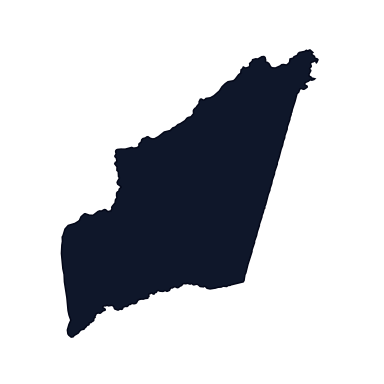 the district of Chahal, Alta Verapaz, Guatemala, rotated 349°
{"feature_id": "79465075B23943610665473", "entity_name": "Chahal", "entity_type": "district", "adm_level": 2, "iso_a3": "GTM", "parent_name": "Guatemala", "parent_adm1": "Alta Verapaz", "projection": "orthographic", "projection_center": [-89.573, 15.738], "detail": "fine", "context": "isolated", "style": "filled", "palette": "ink", "viewbox_px": 384, "rotation_deg": 349, "n_neighbors": 0, "source": "geoboundaries", "source_scale": "gbopen_adm2", "svg_char_len": 5969}
<svg xmlns="http://www.w3.org/2000/svg" viewBox="0 0 384 384"><g transform="rotate(349 192 192)"><path d="M212.4,290.6L225.1,290.0L226.2,288.8L228.2,283.2L229.4,281.7L233.1,273.7L239.5,262.0L239.9,260.3L243.7,253.7L244.1,252.0L247.0,247.2L248.5,243.6L251.7,237.9L252.0,236.6L255.9,229.8L256.2,228.5L258.0,225.7L259.3,222.7L260.4,221.7L260.7,220.1L262.0,218.2L266.4,208.9L268.8,205.1L269.3,203.4L271.8,199.1L273.0,195.8L276.3,190.2L277.0,187.9L281.0,181.0L281.4,179.3L283.9,174.9L287.7,166.9L289.7,163.7L291.4,159.5L293.3,156.6L293.9,154.4L297.3,148.7L298.0,146.2L301.9,139.5L302.4,137.7L304.1,135.0L304.2,133.9L305.3,132.5L306.2,130.2L310.4,122.7L313.7,115.8L314.1,115.4L314.9,114.9L315.6,114.5L316.1,113.9L316.6,112.8L317.7,111.4L318.4,111.3L319.0,111.3L319.6,111.6L320.1,111.9L320.6,112.3L321.3,112.5L322.1,112.4L324.4,111.4L325.1,111.0L325.2,110.6L325.1,109.9L324.5,109.4L324.0,109.1L323.6,108.7L323.3,108.1L323.2,107.5L323.4,106.9L324.1,106.4L324.6,106.1L325.1,105.9L327.2,105.5L328.8,104.7L329.4,104.6L330.2,104.6L330.8,105.1L331.3,105.1L333.1,104.9L334.2,104.3L333.6,104.0L331.4,103.0L330.8,102.4L330.7,101.7L330.0,101.2L329.4,100.9L329.2,100.4L329.2,99.3L329.5,98.4L331.5,96.0L331.8,95.2L331.3,94.6L331.0,94.1L330.9,93.5L331.2,93.0L332.6,92.0L333.0,91.5L333.1,90.8L332.8,89.5L332.9,88.9L333.0,88.2L333.6,87.6L334.6,87.4L336.0,87.3L337.2,86.9L337.7,86.8L338.3,86.9L338.6,87.6L338.5,88.4L338.7,88.9L339.2,88.6L340.6,86.7L340.9,86.2L340.7,85.7L340.3,85.2L339.6,84.8L338.9,84.6L338.3,84.1L338.2,83.6L338.1,82.2L337.8,81.8L337.2,81.4L336.8,80.8L336.3,80.3L335.8,79.8L335.9,79.3L336.3,78.7L336.7,78.4L337.3,78.1L335.0,75.1L334.2,75.0L332.9,75.7L331.3,74.7L329.4,75.5L324.0,75.5L322.7,76.2L321.4,77.9L317.9,78.7L316.9,79.9L313.6,80.1L312.6,83.0L311.5,84.1L309.0,85.4L306.2,84.3L304.4,84.1L302.4,85.1L297.5,86.2L294.5,85.4L293.1,84.2L292.0,80.6L290.8,79.2L289.3,78.6L289.1,77.9L289.5,76.4L289.4,73.8L288.4,72.7L286.3,72.5L282.1,74.0L279.8,73.4L276.7,73.7L276.0,75.2L273.1,76.8L272.9,78.8L272.0,80.1L271.0,80.3L268.4,80.6L267.3,79.9L266.2,79.1L265.1,80.6L263.5,81.4L262.5,84.7L260.2,85.7L256.0,89.5L254.0,90.7L248.4,90.6L245.3,92.0L241.6,94.4L238.2,98.0L231.9,101.7L228.0,103.0L223.6,102.8L222.2,103.8L220.6,104.0L218.9,102.5L217.9,102.5L216.2,104.7L215.9,106.5L212.9,109.0L212.1,110.0L210.9,110.4L209.5,111.5L208.8,112.6L208.5,115.4L205.3,118.0L202.5,118.1L201.1,118.6L198.8,120.6L193.6,122.7L191.1,123.1L188.1,125.0L185.3,125.4L182.4,127.5L176.2,127.8L169.7,131.2L165.3,132.6L163.3,132.3L161.4,131.4L159.3,129.3L158.0,129.3L156.7,130.0L153.9,130.2L152.6,131.1L151.7,133.2L149.3,134.5L149.0,134.9L148.8,136.4L148.0,137.4L146.1,138.0L143.0,137.8L141.3,136.7L134.6,137.2L130.3,136.3L127.0,136.0L125.9,136.2L125.0,137.0L124.7,137.9L124.8,140.2L123.1,142.0L123.2,142.8L124.1,144.0L124.2,146.4L123.8,148.1L122.5,148.2L121.5,149.6L123.2,153.0L122.4,156.5L123.5,157.9L122.8,162.8L123.5,164.4L120.8,167.5L120.3,168.4L120.6,170.2L123.2,173.0L123.2,173.8L121.1,175.3L120.3,177.2L118.8,177.7L117.8,178.7L117.2,181.4L117.3,183.2L115.4,185.0L114.4,188.0L110.7,191.1L110.2,192.0L110.4,192.7L108.9,195.0L105.6,195.2L103.8,192.9L102.6,192.5L99.4,193.5L97.8,192.9L96.0,193.2L90.5,196.0L86.9,195.2L83.0,192.9L82.2,192.9L78.4,195.1L76.1,198.4L74.8,199.1L71.1,200.5L64.1,201.2L60.3,204.1L57.0,210.3L56.0,211.4L55.4,215.7L54.1,219.3L52.1,227.4L50.6,242.7L50.7,248.5L49.6,255.9L49.0,271.8L47.7,284.8L47.8,289.5L48.6,294.7L46.0,298.4L43.3,303.7L43.1,307.6L43.7,309.0L45.7,311.4L47.6,311.5L49.1,310.3L53.4,308.8L55.6,306.8L57.2,306.1L59.7,306.1L60.7,305.1L62.2,304.2L63.4,303.0L64.1,302.8L64.6,302.8L65.3,302.7L65.7,302.3L65.8,301.7L66.2,301.0L66.8,300.9L67.8,300.9L69.5,300.0L70.0,299.9L70.7,299.6L71.2,299.0L71.3,298.3L71.3,297.8L71.9,297.1L72.4,296.9L73.0,296.5L73.0,295.8L73.2,295.1L73.5,294.8L73.9,294.5L74.2,294.0L74.5,293.5L75.1,293.1L75.8,292.9L76.4,292.9L77.2,292.9L77.7,293.2L78.4,293.4L79.1,293.4L79.6,293.1L80.9,292.3L81.5,292.0L82.2,291.7L83.2,291.6L83.8,291.5L84.3,291.3L84.4,290.9L84.3,290.3L83.7,289.7L83.3,289.2L82.8,288.9L82.3,288.4L82.5,287.7L83.1,287.2L83.6,287.0L84.4,287.0L85.0,287.2L85.6,287.3L86.4,287.0L87.1,287.0L87.5,287.3L88.2,287.8L88.9,287.9L91.2,287.9L91.9,288.1L92.7,288.7L93.1,289.1L93.4,290.0L93.5,290.6L93.6,291.5L94.0,292.2L94.5,292.5L95.2,292.8L95.5,293.1L96.6,293.7L97.2,293.8L97.8,293.6L98.4,293.3L98.8,293.2L99.3,293.3L99.9,293.6L100.5,293.8L101.3,293.6L101.8,293.0L102.2,292.1L102.8,291.8L103.6,291.8L104.2,291.6L104.9,291.6L106.4,292.0L107.2,291.7L107.7,291.3L108.1,290.9L108.8,290.5L109.5,290.5L110.3,290.6L110.8,290.2L111.2,290.0L111.8,289.9L112.5,290.1L112.9,290.4L113.6,290.6L114.1,290.7L115.4,290.6L116.3,290.2L118.1,288.1L118.9,287.7L119.6,287.5L121.6,287.4L122.8,287.7L124.0,287.9L124.5,287.8L125.3,287.7L126.0,287.6L127.4,287.8L128.3,287.8L128.6,287.1L129.0,286.7L129.7,286.4L129.9,285.9L129.8,285.5L129.8,285.0L129.9,284.4L130.2,284.0L131.0,283.9L132.0,283.7L132.6,283.5L133.3,283.4L133.9,284.1L134.3,284.7L134.8,284.9L135.4,284.9L135.8,284.2L136.4,283.8L137.3,283.8L138.0,283.5L138.4,282.9L139.1,282.3L139.9,282.2L140.6,282.5L141.0,282.9L141.8,283.3L142.9,283.6L144.3,284.0L144.9,284.0L145.6,283.9L146.1,283.6L146.7,283.6L147.3,283.9L148.4,284.7L149.1,284.7L149.7,284.5L150.2,284.5L151.1,284.2L151.9,283.1L152.4,282.6L152.8,282.3L153.5,282.2L154.2,282.4L154.6,282.4L155.9,281.8L156.8,281.7L157.3,281.8L157.9,282.1L159.2,283.1L160.0,283.2L160.5,283.0L161.1,282.8L162.2,282.2L163.3,281.9L163.8,281.9L164.6,281.3L164.9,280.9L165.3,280.6L165.7,280.4L166.6,280.4L167.1,280.4L167.7,280.7L168.6,280.9L169.5,280.8L170.3,280.8L171.3,281.4L171.9,281.8L172.6,282.0L173.2,282.0L173.7,281.8L174.4,281.9L174.9,282.5L175.3,283.1L176.0,283.5L176.5,283.5L178.8,283.4L179.6,283.7L180.1,284.0L180.6,284.5L181.4,285.6L181.8,286.2L182.4,286.5L185.2,287.3L185.9,286.8L187.2,287.5L188.4,289.4L191.2,290.6L196.8,290.8L199.4,290.5L202.5,290.9L204.6,290.4L208.1,291.4L209.4,290.7L211.7,290.9L212.4,290.6Z" fill="#0f172a" stroke="#020617" stroke-width="1.5"/></g></svg>